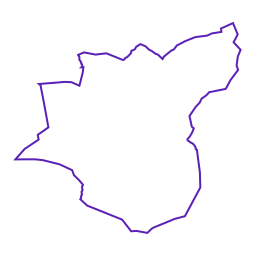 O'lziit, Bayanhongor, Mongolia
{"feature_id": "93677404B2040625721248", "entity_name": "O'lziit", "entity_type": "district", "adm_level": 2, "iso_a3": "MNG", "parent_name": "Mongolia", "parent_adm1": "Bayanhongor", "projection": "natural_earth1", "projection_center": [100.982, 45.969], "detail": "fine", "context": "isolated", "style": "outline", "palette": "violet", "viewbox_px": 256, "rotation_deg": 0, "n_neighbors": 0, "source": "geoboundaries", "source_scale": "gbopen_adm2", "svg_char_len": 2503}
<svg xmlns="http://www.w3.org/2000/svg" viewBox="0 0 256 256"><path d="M15.4,159.4L35.0,159.3L42.7,160.1L59.5,164.3L72.2,170.2L73.9,175.1L78.6,179.7L82.9,184.6L82.9,185.0L82.8,185.4L82.4,185.9L82.1,186.5L82.1,187.1L82.1,187.6L82.1,188.3L82.3,189.2L82.5,189.7L82.6,190.2L82.4,190.7L82.1,191.2L81.7,191.4L81.5,191.9L81.5,192.3L81.7,192.8L81.8,193.1L81.9,193.5L82.0,193.8L82.0,194.2L81.8,194.5L81.5,194.9L81.4,195.2L81.5,195.7L81.5,196.0L81.4,196.2L81.2,196.5L81.0,196.8L80.9,197.2L81.1,198.2L80.3,199.2L87.2,205.6L122.1,219.6L131.2,231.3L136.4,230.9L147.3,232.9L151.8,228.6L154.0,227.4L174.7,218.9L184.9,216.2L200.3,187.5L199.9,172.5L196.9,149.8L196.5,149.7L196.2,149.6L195.9,149.2L195.7,148.9L195.6,148.6L195.6,148.3L195.7,148.0L195.7,147.7L195.5,147.4L195.3,147.0L195.2,146.6L195.1,146.4L194.9,146.1L194.6,145.8L194.5,145.4L194.2,145.2L193.9,144.8L193.6,144.4L193.3,144.1L193.0,143.7L192.6,143.6L192.2,143.3L191.9,143.2L191.5,142.9L191.1,142.7L190.6,142.4L190.2,142.3L189.8,142.0L189.6,141.6L189.2,141.3L188.5,141.1L188.0,140.7L187.6,140.2L187.4,139.3L189.8,136.5L192.1,132.6L193.8,128.3L191.8,126.7L189.5,116.0L195.5,107.1L199.8,102.5L201.6,98.6L206.4,95.3L209.2,92.2L225.7,88.9L230.6,79.9L238.1,69.9L236.6,65.5L237.8,56.5L240.6,49.8L233.6,42.3L237.7,34.4L233.0,23.1L221.0,28.5L221.4,31.9L211.9,33.4L207.2,35.6L195.2,37.1L185.1,41.2L176.8,45.5L174.0,49.3L171.1,50.7L163.7,56.8L162.6,59.0L159.5,56.2L159.4,55.9L159.2,55.6L158.7,55.3L158.3,55.0L157.9,54.6L157.6,54.4L157.1,54.3L156.0,54.0L154.9,53.3L154.0,52.7L153.1,52.0L152.1,51.2L151.5,50.8L150.5,50.4L149.5,49.9L149.0,49.6L148.3,48.9L147.6,48.3L145.4,46.2L140.2,44.1L137.7,45.9L136.8,46.3L136.4,46.6L136.1,47.0L135.7,47.8L135.4,48.3L135.2,48.8L134.7,49.3L133.7,49.9L133.1,50.2L132.5,50.4L131.7,50.6L131.4,50.9L131.2,51.4L131.2,52.2L131.0,52.6L130.9,53.3L130.3,54.0L129.7,54.5L129.4,54.8L128.9,55.5L128.3,56.0L127.3,56.9L126.7,57.4L125.6,57.8L125.2,58.0L125.1,58.3L124.8,58.9L124.5,59.2L124.0,59.5L123.2,60.1L106.3,53.3L95.6,54.6L84.0,52.4L78.1,54.9L78.2,55.3L78.3,55.6L78.6,55.8L79.1,56.2L79.2,56.5L79.3,57.1L79.5,57.8L79.4,58.3L79.3,59.0L79.3,59.5L79.4,59.8L79.8,60.2L80.0,60.6L80.4,60.9L80.6,61.3L80.8,61.7L80.8,62.3L80.9,62.7L81.2,62.8L81.3,63.2L81.5,63.3L81.5,63.8L81.7,64.2L81.8,64.4L81.7,64.7L82.2,65.1L82.3,65.4L82.3,66.0L82.2,66.5L81.4,67.3L83.4,67.2L82.8,72.2L81.8,76.3L79.4,85.7L71.5,82.2L65.1,81.9L39.0,84.0L40.5,85.2L43.8,102.1L48.4,127.4L37.8,134.8L38.6,139.6L24.6,149.0L15.4,159.4Z" fill="none" stroke="#5b21b6" stroke-width="2"/></svg>